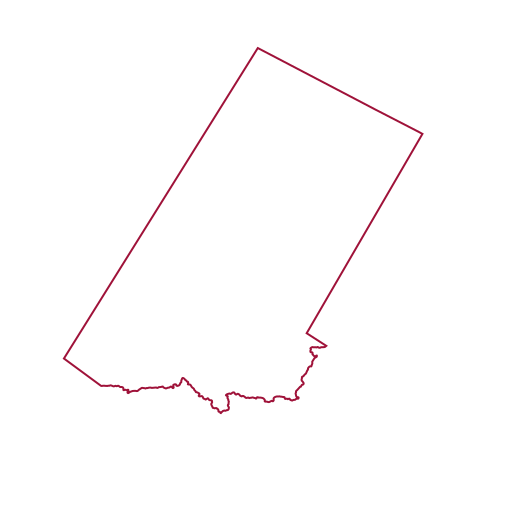 map outline of Montana (Albers equal-area conic projection), rotated 304°
{"feature_id": "USA-3515", "entity_name": "Montana", "entity_type": "State", "adm_level": 1, "iso_a3": "USA", "parent_name": "United States of America", "parent_adm1": "", "projection": "albers", "projection_center": [-112.826, 46.685], "detail": "fine", "context": "isolated", "style": "outline", "palette": "rose", "viewbox_px": 512, "rotation_deg": 304, "n_neighbors": 0, "source": "natural_earth", "source_scale": "10m", "svg_char_len": 6001}
<svg xmlns="http://www.w3.org/2000/svg" viewBox="0 0 512 512"><g transform="rotate(304 256 256)"><path d="M63.6,154.1L429.4,141.2L430.4,150.0L444.2,273.4L450.0,322.5L450.3,325.7L220.3,341.2L220.8,364.5L219.4,364.1L218.8,363.7L217.8,362.5L217.2,361.6L216.8,361.0L216.4,360.8L215.9,360.5L215.5,360.1L215.2,359.5L215.1,358.3L215.0,358.0L214.8,357.8L214.2,357.5L214.1,357.3L213.8,356.7L212.4,354.6L212.1,353.8L211.8,353.5L210.6,352.9L210.1,352.8L209.9,352.8L209.7,352.9L209.4,353.6L209.2,353.8L207.8,354.1L207.4,354.4L207.0,354.7L206.9,355.2L207.0,355.4L207.4,356.1L207.5,356.4L207.4,356.9L207.1,357.3L206.3,357.6L206.1,357.8L206.0,358.0L206.0,358.5L205.7,359.2L205.6,359.8L205.6,360.3L205.8,360.8L205.9,361.1L206.1,361.4L207.1,361.7L207.3,361.9L207.4,362.0L207.2,362.4L206.3,362.6L206.0,362.5L204.4,361.7L204.0,361.6L200.3,361.7L199.9,361.7L198.2,362.9L196.9,363.1L196.0,363.5L195.7,363.5L195.4,363.5L195.3,363.3L194.8,362.6L194.5,362.4L193.6,362.0L192.2,361.9L191.7,362.1L191.3,362.4L190.9,362.5L190.3,362.6L189.8,362.5L186.6,363.1L186.3,363.1L185.5,362.8L184.5,362.6L182.8,362.5L182.6,362.4L182.1,362.0L181.6,361.8L181.3,361.8L181.1,361.9L180.6,362.3L179.0,362.9L178.5,363.3L178.2,363.7L178.0,364.8L177.4,366.3L177.2,366.6L176.9,366.8L176.4,367.0L175.8,366.9L174.9,366.2L174.3,366.1L172.7,366.2L172.2,365.7L167.9,365.1L166.8,364.8L166.1,364.9L165.4,365.4L164.4,365.6L164.2,365.7L162.3,367.7L162.1,368.1L161.9,368.5L161.9,368.8L162.0,369.0L162.5,370.0L162.5,370.3L162.4,370.5L161.8,370.8L161.5,370.8L161.3,370.7L160.4,369.4L160.2,369.3L158.7,368.8L158.5,368.6L157.6,367.5L156.5,366.9L156.3,366.7L156.2,365.9L155.9,365.3L155.9,365.1L156.0,364.6L156.4,363.8L156.4,363.6L156.3,363.3L156.1,363.1L155.3,362.6L155.1,362.4L155.1,361.8L155.0,361.4L154.1,360.4L153.9,360.2L153.9,359.7L154.0,359.5L154.7,358.9L154.8,358.7L154.8,358.4L154.7,358.0L154.0,356.8L153.7,355.9L153.2,355.1L152.8,354.0L152.1,353.2L151.5,352.2L150.9,351.5L150.1,350.9L149.3,350.4L148.5,350.2L147.9,350.2L147.5,350.4L146.4,351.3L145.5,351.4L145.2,351.3L145.0,351.2L144.8,350.1L144.1,349.6L142.6,348.8L142.2,348.5L141.9,348.1L141.7,347.7L141.3,346.4L140.8,345.6L140.5,345.2L140.4,344.8L140.4,344.6L140.5,344.4L141.3,344.0L141.6,343.7L141.7,343.4L141.8,343.2L142.1,341.8L141.9,340.7L141.2,339.0L140.1,337.4L140.1,337.2L139.9,336.4L139.6,336.1L139.4,335.9L138.3,336.0L138.0,335.8L137.8,335.7L137.8,334.9L137.7,334.6L137.3,333.8L137.1,332.9L136.8,332.2L136.3,331.7L135.8,331.3L135.2,330.5L134.6,330.0L134.4,329.8L134.3,328.8L133.9,328.3L133.2,327.7L132.9,327.3L132.8,327.1L132.7,326.5L132.9,325.7L132.9,324.0L132.8,323.7L132.6,323.3L131.6,322.6L131.5,322.2L131.5,321.7L131.3,321.3L131.4,320.7L131.7,320.0L131.8,319.5L131.7,318.4L131.6,318.0L131.3,317.7L130.3,317.2L130.0,317.0L129.9,316.7L130.0,315.8L130.1,315.3L130.6,314.5L130.6,314.2L130.4,313.7L130.2,313.4L129.7,313.0L128.0,312.4L127.6,312.2L127.4,311.9L127.3,311.4L127.2,311.0L126.4,310.2L125.2,309.3L124.2,308.9L123.8,309.0L123.7,309.4L123.7,309.9L123.9,310.7L123.9,310.9L123.8,311.1L123.6,311.2L122.5,311.6L122.2,311.9L121.5,313.3L120.6,314.0L120.3,314.6L120.2,314.8L118.7,315.5L117.8,316.1L117.0,316.0L116.5,316.2L116.3,316.3L116.0,316.7L115.5,317.8L115.4,318.1L114.0,318.9L113.6,318.9L112.9,318.9L112.6,318.8L112.3,318.6L112.0,318.1L110.6,317.2L110.4,316.9L110.3,316.4L110.1,316.1L109.1,315.3L107.2,314.8L106.1,314.7L106.0,314.4L106.4,313.8L106.5,313.3L106.5,313.0L106.2,312.4L106.1,312.1L106.2,311.8L107.0,311.1L107.5,310.6L107.6,310.3L107.7,309.9L107.8,309.6L107.6,308.9L107.8,308.5L107.7,308.1L107.5,307.8L106.5,306.7L106.3,305.8L106.1,305.3L106.0,305.0L106.1,304.8L106.7,304.1L107.1,303.2L107.9,302.0L108.4,301.6L109.8,301.5L110.2,301.4L111.2,300.5L111.4,300.3L111.4,300.0L111.4,299.6L110.7,298.5L110.6,298.1L110.5,297.8L110.6,297.3L111.0,296.4L111.1,296.1L111.1,295.8L111.0,295.5L109.1,294.7L108.8,294.4L108.8,294.1L108.9,293.6L108.8,293.3L108.6,292.8L108.5,292.5L108.5,292.1L108.7,291.7L109.5,290.5L109.5,290.2L109.6,289.7L109.4,289.2L108.1,287.8L108.0,287.5L107.9,287.3L108.0,286.8L108.3,286.6L108.5,286.5L109.8,286.4L110.0,286.3L110.2,285.9L110.3,285.3L110.1,283.8L109.9,283.0L109.6,282.5L109.6,282.2L110.2,281.2L110.3,280.4L110.4,279.9L111.2,278.7L111.3,278.1L111.3,277.6L111.3,277.0L111.4,276.4L111.5,275.9L112.3,274.3L112.5,273.7L112.5,273.4L112.4,272.9L112.1,272.4L111.7,271.8L111.6,271.5L111.6,271.3L111.8,271.2L112.9,270.7L113.2,270.5L113.5,270.1L113.6,269.9L113.3,269.0L113.4,268.6L113.8,267.9L113.8,267.7L113.7,266.9L113.7,266.6L114.0,265.9L114.1,265.4L114.2,264.5L114.1,263.9L114.0,263.6L113.8,263.4L113.6,263.3L113.0,263.3L110.8,263.8L110.1,264.3L109.5,264.6L109.0,264.5L108.3,264.3L107.3,264.6L106.4,264.7L105.5,264.4L104.8,263.9L104.2,263.3L104.1,262.8L104.1,262.5L104.2,262.3L104.7,261.8L104.7,261.5L104.7,261.2L104.2,260.4L103.4,259.8L103.0,259.6L102.5,259.7L101.8,260.3L101.0,261.2L100.6,261.3L100.3,261.2L100.1,261.1L100.0,260.8L100.0,260.6L100.3,259.5L100.3,259.2L100.3,258.8L100.2,258.5L99.8,258.2L98.9,257.9L98.4,257.6L97.3,256.4L96.3,255.8L95.8,255.3L95.6,254.6L95.4,253.6L95.3,252.8L95.6,251.7L95.3,251.3L94.3,250.5L93.0,248.9L92.8,248.7L91.8,248.3L91.4,247.9L91.1,246.7L88.4,243.4L88.0,242.3L87.1,241.0L86.8,240.7L85.9,240.0L85.2,239.0L84.4,238.5L84.3,238.2L84.1,237.5L83.7,236.8L83.4,236.1L83.1,235.5L82.9,235.2L82.6,235.0L79.8,233.8L78.2,233.4L77.8,233.2L77.4,232.8L76.8,231.5L76.3,230.7L75.1,229.2L72.8,227.5L71.6,227.1L71.0,226.8L70.8,226.6L70.8,226.3L70.8,226.1L70.9,225.9L71.2,225.7L73.0,225.5L73.3,225.3L73.5,225.1L73.6,224.9L73.5,224.6L72.4,223.9L72.2,222.9L72.0,222.4L71.7,222.1L70.9,221.5L70.8,221.3L70.8,221.0L70.9,220.9L71.8,220.3L72.2,220.0L72.3,219.8L72.6,219.0L72.5,218.7L72.4,218.1L71.5,216.8L71.4,216.4L71.5,215.2L71.4,214.6L71.3,214.2L71.0,214.0L70.2,213.3L70.0,213.0L69.9,212.4L69.7,212.0L68.6,211.2L68.4,210.9L68.2,210.6L67.7,208.4L67.4,207.7L67.2,207.5L66.5,207.0L65.6,205.8L65.0,205.3L64.6,204.5L63.9,203.4L63.6,202.7L62.7,201.5L62.0,200.8L61.8,200.3L61.7,200.0L63.6,154.1Z" fill="none" stroke="#9f1239" stroke-width="2"/></g></svg>